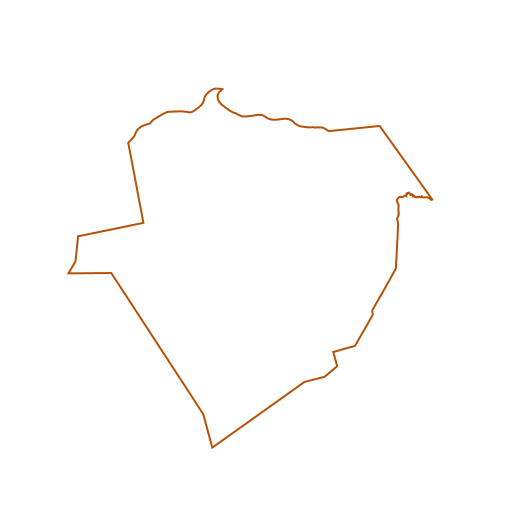 the district of Capital, La Rioja, Argentina, rotated 74°
{"feature_id": "61730980B64159378499320", "entity_name": "Capital", "entity_type": "district", "adm_level": 2, "iso_a3": "ARG", "parent_name": "Argentina", "parent_adm1": "La Rioja", "projection": "orthographic", "projection_center": [-66.622, -29.46], "detail": "fine", "context": "isolated", "style": "outline", "palette": "amber", "viewbox_px": 512, "rotation_deg": 74, "n_neighbors": 0, "source": "geoboundaries", "source_scale": "gbopen_adm2", "svg_char_len": 5226}
<svg xmlns="http://www.w3.org/2000/svg" viewBox="0 0 512 512"><g transform="rotate(74 256 256)"><path d="M165.1,101.3L164.2,106.2L156.1,151.4L155.1,152.5L154.3,153.2L153.5,153.9L152.7,154.6L151.9,155.4L151.2,156.2L150.7,157.1L150.3,158.2L150.0,159.2L149.7,160.2L149.4,161.3L149.1,162.4L148.9,163.4L148.6,164.4L148.1,165.4L147.7,166.4L147.5,167.5L147.3,168.6L147.0,169.6L146.6,170.6L146.2,171.6L145.8,172.6L145.4,173.6L144.9,174.6L144.5,175.6L144.0,176.6L143.5,177.6L142.9,178.5L142.2,179.3L141.5,180.1L140.7,180.9L139.9,181.6L139.0,182.2L138.1,182.8L136.8,183.4L135.4,184.6L134.6,185.4L133.9,186.2L133.3,187.1L132.8,188.1L132.5,189.1L132.0,190.1L131.7,191.1L131.7,192.2L131.4,193.3L131.3,194.3L131.2,195.4L131.0,196.5L130.8,197.6L130.6,198.6L130.4,199.7L130.1,200.7L129.7,201.8L129.3,202.8L128.9,203.8L128.4,204.7L127.8,205.6L127.1,206.5L126.4,207.3L125.6,208.0L124.7,208.7L123.9,209.4L123.1,210.1L122.4,211.0L122.0,212.0L121.6,213.0L121.3,214.0L120.9,215.0L120.7,216.1L120.6,217.2L120.4,218.3L120.3,219.3L120.2,220.4L120.1,221.5L119.9,222.6L119.6,223.6L119.5,224.7L119.4,225.8L119.2,226.9L118.9,227.9L118.6,229.0L118.3,230.0L117.8,231.0L117.2,231.8L116.5,232.7L115.8,233.5L115.1,234.3L114.3,235.1L113.5,235.8L112.9,236.7L112.3,237.6L111.7,238.5L110.9,239.3L110.1,240.0L109.4,240.8L108.6,241.5L107.7,242.2L106.8,242.8L106.0,243.5L105.2,244.2L104.3,244.9L103.4,245.5L102.5,246.1L101.7,246.8L100.8,247.4L99.8,247.9L98.9,248.4L97.8,248.8L96.8,249.1L95.7,249.3L94.7,249.4L93.6,249.3L92.6,249.0L91.5,248.8L90.6,248.3L89.7,247.5L88.9,246.8L88.3,246.0L87.8,245.0L87.3,244.0L86.4,242.4L85.8,243.6L85.4,244.6L84.9,245.5L84.6,246.6L84.3,247.6L83.9,248.6L83.9,249.7L83.9,250.8L84.0,251.9L84.3,252.9L84.6,254.0L84.9,255.0L85.2,256.0L85.8,257.0L86.3,257.9L86.8,258.9L87.4,259.8L88.1,260.6L88.9,261.3L89.8,262.0L90.7,262.5L91.7,263.1L92.6,263.7L93.5,264.3L94.3,265.0L95.0,265.8L95.6,266.7L96.2,267.6L96.6,268.6L97.1,269.6L97.6,270.6L97.9,271.6L98.2,272.7L98.7,273.6L99.1,274.6L99.4,275.7L99.6,276.7L99.8,277.8L99.9,278.9L99.7,279.9L99.3,281.0L98.8,281.9L98.4,282.9L97.9,283.9L97.5,284.9L97.1,285.9L96.7,286.9L96.4,288.0L96.1,289.0L95.8,290.1L95.5,291.1L95.3,292.2L95.0,293.2L94.7,294.3L94.5,295.3L94.2,296.4L94.0,297.5L93.8,298.5L93.4,299.5L93.2,300.6L93.2,301.7L93.2,302.8L93.4,303.9L93.6,304.9L93.8,306.0L94.0,307.0L94.2,308.1L94.6,309.1L94.8,310.2L95.1,311.2L95.4,312.3L95.7,313.3L96.0,314.4L96.2,315.4L96.5,316.5L96.9,317.5L97.4,318.4L98.0,319.4L98.7,320.2L99.2,321.2L99.4,322.2L99.4,323.3L99.3,324.4L99.4,325.5L99.5,326.6L99.6,327.7L99.7,328.8L99.8,329.8L100.0,330.9L100.4,331.9L100.8,332.9L101.3,333.9L101.9,334.8L102.5,335.7L103.2,336.6L103.9,337.3L104.8,338.0L105.6,338.7L106.5,339.3L107.3,340.1L107.9,341.0L108.5,341.9L109.0,342.8L109.7,343.7L110.2,344.6L110.8,345.6L111.3,346.5L112.0,347.6L140.5,350.2L193.1,355.1L188.0,421.6L211.4,431.0L221.0,441.0L232.5,399.8L236.7,398.5L367.4,358.3L383.8,353.3L393.7,350.3L428.1,350.8L427.8,350.0L426.6,346.5L419.9,327.5L419.7,327.0L419.5,326.3L418.5,323.5L418.4,323.4L414.3,311.5L412.0,305.1L411.4,303.4L396.2,260.5L390.4,244.1L391.0,223.4L384.3,208.3L382.5,208.3L369.6,208.2L369.6,203.4L369.6,195.5L369.7,187.6L369.7,185.6L348.2,163.5L345.1,160.3L344.6,160.0L344.1,159.8L341.2,159.5L340.7,159.3L340.2,159.1L328.1,146.8L328.3,146.7L326.5,144.9L326.4,144.9L311.0,129.4L306.6,125.0L275.8,114.4L266.0,111.1L265.7,111.0L265.2,110.8L264.8,110.6L264.5,110.5L264.4,110.5L263.9,110.5L263.3,110.5L262.7,110.4L262.0,110.3L261.5,110.3L261.4,110.3L259.3,110.2L259.1,110.1L258.8,110.0L258.2,109.4L257.5,108.9L256.5,108.1L256.2,107.8L255.7,107.4L255.0,107.3L254.6,107.2L254.1,107.1L253.6,106.9L252.9,106.8L252.3,106.7L252.0,106.6L250.7,106.3L249.5,106.0L248.9,105.8L248.7,105.8L248.5,105.7L248.2,105.6L247.9,105.4L247.6,105.3L247.2,105.1L246.9,105.0L246.6,104.9L245.9,104.9L245.3,105.0L244.5,105.1L244.1,105.2L242.5,105.3L242.0,105.4L241.8,105.4L241.6,105.4L241.1,105.3L240.8,105.1L240.5,104.9L240.4,104.6L239.9,103.8L239.7,103.5L239.4,103.0L239.1,102.7L238.9,101.9L238.8,101.0L238.8,100.7L239.3,100.0L239.5,99.7L239.7,98.6L239.7,98.3L239.7,98.1L239.7,97.9L239.5,97.4L239.2,97.0L239.1,96.8L239.0,96.2L239.1,95.9L239.2,95.7L239.3,95.5L239.5,95.3L239.4,95.3L239.3,95.2L239.0,94.9L238.9,94.8L238.9,94.6L238.7,94.2L238.5,93.8L238.3,93.9L238.2,94.0L237.9,94.0L237.4,94.0L237.2,93.4L237.3,92.6L237.2,92.0L237.2,91.7L237.5,91.7L237.9,91.3L238.0,91.2L238.4,90.9L238.7,90.8L238.8,90.8L239.0,90.8L239.5,90.8L239.7,90.7L239.9,90.5L239.9,90.4L239.8,90.0L239.5,89.6L239.6,89.3L239.8,89.4L240.4,89.3L240.5,88.6L241.0,88.2L241.0,88.3L241.4,88.6L241.5,88.7L241.8,88.7L242.1,88.6L242.2,88.4L242.3,88.3L242.4,88.0L242.3,87.7L242.6,87.3L242.9,86.9L243.1,86.6L243.6,86.0L243.7,85.8L243.7,85.2L243.5,84.8L243.6,84.7L244.0,84.3L244.3,84.0L244.3,83.9L244.2,83.8L244.2,83.6L244.1,83.0L244.1,82.8L244.2,82.4L244.4,82.2L244.7,81.8L244.8,81.3L244.2,80.2L244.3,80.0L244.4,79.9L245.2,79.8L245.3,79.8L245.5,79.4L245.9,78.7L246.0,78.5L246.0,77.8L246.5,76.7L246.5,75.9L246.8,75.1L247.1,74.9L247.3,74.7L247.3,74.4L247.3,74.2L247.8,73.8L248.2,73.4L248.3,73.4L249.0,72.9L249.8,72.4L250.0,72.3L250.3,72.2L250.4,71.9L250.3,71.4L250.3,71.0L250.2,71.0L249.6,71.2L249.4,71.3L165.1,101.3Z" fill="none" stroke="#b45309" stroke-width="2"/></g></svg>